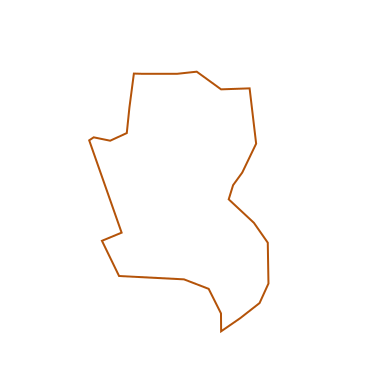 Songpa-gu, Seoul, South Korea, rotated 232°
{"feature_id": "91817680B10131618900015", "entity_name": "Songpa-gu", "entity_type": "district", "adm_level": 2, "iso_a3": "KOR", "parent_name": "South Korea", "parent_adm1": "Seoul", "projection": "robinson", "projection_center": [127.12, 37.494], "detail": "fine", "context": "isolated", "style": "outline", "palette": "amber", "viewbox_px": 384, "rotation_deg": 232, "n_neighbors": 0, "source": "geoboundaries", "source_scale": "gbopen_adm2", "svg_char_len": 495}
<svg xmlns="http://www.w3.org/2000/svg" viewBox="0 0 384 384"><g transform="rotate(232 192 192)"><path d="M296.0,142.8L203.3,111.5L209.0,91.0L170.7,82.8L128.1,131.9L105.4,145.5L78.5,140.1L64.3,129.2L62.9,152.3L62.9,176.9L72.8,195.9L105.4,220.5L129.6,221.8L163.6,216.4L172.1,228.6L176.4,243.6L190.6,272.3L238.2,301.2L255.0,278.1L283.9,269.8L294.2,253.2L315.5,225.9L321.1,219.1L297.0,194.6L278.6,176.9L282.8,159.1L295.6,148.2L296.0,142.8Z" fill="none" stroke="#b45309" stroke-width="2"/></g></svg>